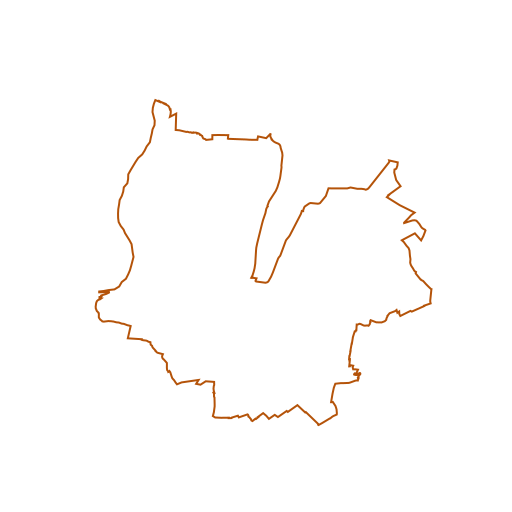 Meerssen, Limburg, Netherlands, rotated 341°
{"feature_id": "6326949B43663423776688", "entity_name": "Meerssen", "entity_type": "district", "adm_level": 2, "iso_a3": "NLD", "parent_name": "Netherlands", "parent_adm1": "Limburg", "projection": "robinson", "projection_center": [5.761, 50.905], "detail": "fine", "context": "isolated", "style": "outline", "palette": "amber", "viewbox_px": 512, "rotation_deg": 341, "n_neighbors": 0, "source": "geoboundaries", "source_scale": "gbopen_adm2", "svg_char_len": 6084}
<svg xmlns="http://www.w3.org/2000/svg" viewBox="0 0 512 512"><g transform="rotate(341 256 256)"><path d="M309.8,144.9L309.2,145.3L304.0,147.9L296.9,143.6L296.0,145.0L295.1,146.6L287.8,144.0L284.3,142.5L268.0,136.2L267.6,135.9L269.1,132.7L259.7,129.3L254.1,127.5L252.7,131.4L246.6,130.0L246.3,129.2L244.5,127.8L244.2,126.8L244.2,124.9L243.8,124.6L243.4,123.9L242.6,123.3L242.8,123.0L242.5,122.7L242.2,122.0L240.8,121.1L240.5,120.8L240.7,120.7L240.3,120.4L240.0,120.7L239.8,120.1L239.2,119.7L237.9,119.3L237.0,118.7L236.7,119.0L236.4,118.8L235.7,118.8L234.9,118.2L234.7,117.8L233.4,117.5L231.6,116.2L230.5,116.0L224.5,112.2L221.1,110.7L226.9,95.4L219.9,96.4L220.7,95.2L221.6,93.7L222.4,91.9L222.7,90.7L222.9,89.5L222.3,89.5L222.4,88.3L222.4,87.0L221.9,85.5L221.3,84.7L218.9,82.3L219.5,82.2L215.8,79.0L214.2,77.0L214.5,78.4L211.6,75.8L209.1,78.7L206.7,82.3L205.0,86.2L204.3,95.1L202.6,99.3L199.4,102.6L197.4,106.2L195.1,109.8L192.7,113.9L188.3,116.8L185.1,120.0L181.5,122.9L176.6,124.9L172.8,127.8L165.5,133.9L161.8,137.2L160.1,141.7L158.0,145.4L153.4,148.0L151.4,151.9L148.8,155.4L145.3,158.7L143.2,162.9L141.0,166.9L139.4,170.9L138.0,175.2L137.2,179.2L137.9,183.6L139.4,187.9L139.6,191.7L141.5,199.9L142.2,204.3L140.5,212.7L139.9,217.0L134.7,224.8L132.1,228.5L129.1,231.8L125.6,235.2L120.6,236.9L116.7,240.3L111.3,241.5L105.4,240.2L100.6,239.5L96.2,238.5L95.9,239.3L105.2,242.2L105.1,242.7L103.8,242.9L101.8,243.1L96.8,242.9L96.6,243.1L96.9,244.0L96.6,244.4L94.7,243.8L94.0,245.5L95.3,245.9L94.3,246.2L93.4,246.1L92.1,246.3L91.0,246.8L90.1,247.7L89.4,248.7L87.9,251.7L87.4,253.6L87.6,254.4L87.5,254.7L87.6,256.2L88.5,258.0L88.7,258.7L88.5,259.0L88.6,259.5L87.6,262.3L87.4,263.1L88.0,265.4L88.9,266.7L89.4,267.8L90.7,268.5L95.4,269.5L96.7,270.1L98.0,270.6L99.1,271.2L99.8,271.5L102.3,273.2L104.7,274.3L107.0,276.2L108.9,277.1L111.9,279.6L113.4,280.5L114.7,281.4L108.0,292.1L120.2,297.2L120.0,297.3L120.7,298.1L121.9,298.9L124.6,300.2L125.7,301.1L126.3,302.0L128.1,303.1L127.6,305.1L127.6,305.6L128.5,307.1L128.4,308.1L128.6,309.1L130.1,312.5L130.3,313.1L130.1,313.2L130.8,314.6L131.2,315.2L131.8,315.7L136.0,318.5L134.7,320.0L134.4,320.7L134.3,321.8L134.5,322.8L135.1,323.7L136.9,328.0L136.7,328.8L135.3,332.8L134.9,334.6L134.9,335.1L135.5,336.8L135.4,337.1L136.1,337.1L136.7,336.7L137.1,338.0L137.0,342.6L137.1,344.5L138.1,346.7L138.8,349.5L139.5,351.6L144.5,351.3L161.4,354.5L157.8,357.4L161.6,359.6L167.7,358.1L175.4,361.4L174.5,364.3L173.7,365.3L172.6,367.7L172.2,369.8L172.1,371.6L171.4,371.1L171.2,371.2L171.5,372.4L170.5,375.4L170.7,376.2L168.6,382.8L167.9,384.8L165.3,390.0L163.1,393.3L164.8,395.4L170.3,397.6L177.6,400.0L177.4,400.4L180.1,401.3L180.4,400.9L186.9,401.1L187.2,403.0L196.4,403.0L196.7,403.4L196.9,404.3L196.5,405.3L197.4,406.6L197.5,407.2L198.1,408.6L198.1,410.0L198.9,410.9L202.6,409.6L202.9,410.1L205.7,409.1L205.5,408.8L211.6,406.9L213.7,410.4L215.2,414.2L222.0,412.3L224.3,415.4L234.6,412.5L235.3,413.8L246.6,410.5L251.6,420.0L252.3,419.8L260.4,435.6L259.9,435.9L260.1,436.2L264.1,435.5L273.0,433.6L273.3,433.7L275.7,432.8L277.1,432.5L280.7,432.2L281.3,430.9L282.2,427.3L282.3,425.7L282.3,423.6L281.1,419.0L280.0,418.9L279.4,418.7L283.6,411.0L286.7,405.9L289.4,402.6L294.7,403.8L296.7,404.5L302.4,406.2L303.6,406.3L309.4,406.2L311.1,406.5L311.7,406.9L313.2,405.0L312.6,404.7L312.6,404.3L312.8,404.0L314.5,402.6L316.1,401.7L316.4,401.0L316.3,400.6L316.0,400.4L314.8,400.5L312.8,401.4L311.2,400.8L310.2,400.1L310.2,399.8L310.5,399.5L311.2,399.1L312.5,399.8L315.4,396.7L313.1,395.5L311.0,394.8L311.2,392.6L312.2,391.4L309.8,390.0L308.9,390.9L308.2,390.7L310.8,385.1L310.4,385.0L311.1,383.9L310.5,383.7L311.6,381.2L311.8,381.3L314.4,376.8L314.2,376.7L317.9,370.0L318.1,370.1L321.1,364.5L321.1,364.4L324.8,359.4L325.6,359.7L326.3,358.8L326.7,358.9L328.9,353.6L329.5,353.9L331.9,353.8L332.9,354.5L335.1,356.7L336.2,357.3L338.7,357.9L339.7,358.6L341.3,357.6L341.8,356.6L342.6,356.0L342.6,355.1L343.0,354.4L343.5,354.0L348.2,357.9L353.1,359.7L356.5,359.6L358.3,358.8L359.1,357.4L361.0,355.5L360.9,355.3L363.7,353.6L369.7,353.4L371.3,352.8L371.2,355.7L373.3,355.1L372.6,357.6L372.9,359.7L384.2,358.2L385.2,359.3L398.8,358.1L398.8,357.7L405.7,357.7L405.9,355.9L406.3,354.7L410.9,344.8L411.1,344.5L410.7,344.2L409.3,341.5L407.6,338.0L406.0,334.2L405.6,333.7L404.6,332.7L404.3,332.0L404.0,331.9L401.4,324.8L401.3,324.3L401.5,324.0L402.1,323.2L401.1,322.0L400.8,321.2L400.4,318.9L399.7,316.2L399.5,314.8L399.5,313.7L399.6,312.5L401.0,309.3L401.6,306.0L402.9,300.8L402.9,299.0L402.8,298.0L401.7,295.5L400.3,290.9L399.0,288.6L413.6,286.3L417.2,295.0L420.8,291.6L424.6,287.0L424.4,286.3L422.9,284.6L422.0,283.3L421.6,282.1L420.9,279.0L419.5,275.5L419.0,274.7L417.5,273.8L415.5,273.3L406.8,273.1L406.9,272.7L413.2,269.5L416.0,267.9L420.1,266.6L408.5,254.8L398.9,243.0L401.9,241.5L401.6,241.3L415.4,237.1L413.4,230.2L413.3,229.6L413.9,222.1L415.1,219.3L416.4,219.3L417.2,219.0L419.1,216.6L420.5,213.6L413.0,209.0L413.0,210.0L411.9,211.0L385.9,227.7L384.7,228.4L383.4,229.0L381.4,229.1L380.3,228.2L379.2,227.6L377.6,226.8L373.6,225.4L367.7,222.0L364.4,221.8L350.3,217.0L346.6,215.6L341.6,222.0L333.8,226.8L332.7,226.9L331.5,226.7L325.6,224.0L324.6,223.6L323.2,223.7L318.2,225.1L317.6,225.6L317.1,226.1L315.5,228.1L315.2,228.9L314.0,228.3L313.5,229.1L312.0,231.0L294.7,247.5L293.2,248.6L290.2,250.4L289.3,251.1L279.8,262.7L278.9,263.7L277.0,264.8L275.9,265.8L266.5,277.2L263.5,280.5L259.6,283.9L258.9,284.3L258.0,284.5L256.3,284.4L247.9,280.2L247.5,279.8L247.4,279.4L249.2,277.3L246.7,276.0L246.6,275.8L245.8,275.0L245.1,275.5L244.4,275.1L246.7,272.9L246.9,272.5L248.7,270.1L250.6,267.2L252.8,263.0L258.0,250.4L259.0,248.2L261.2,244.5L272.0,227.8L274.3,224.4L278.8,218.6L281.0,214.9L282.3,213.5L283.3,213.0L283.2,212.2L286.1,208.6L295.9,200.9L298.5,198.1L301.8,193.6L303.9,190.5L305.1,188.3L308.9,180.7L309.2,179.8L309.4,178.9L313.8,169.5L314.4,166.8L314.5,162.1L314.8,160.1L314.7,158.9L314.4,158.1L313.8,157.2L311.4,155.1L310.5,154.1L309.8,153.1L308.8,151.3L309.1,151.2L308.8,150.1L308.5,148.6L308.6,147.0L309.8,144.9Z" fill="none" stroke="#b45309" stroke-width="2"/></g></svg>